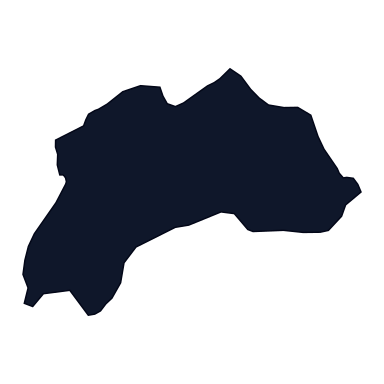 Burdur, Robinson projection
{"feature_id": "TUR-2273", "entity_name": "Burdur", "entity_type": "Province", "adm_level": 1, "iso_a3": "TUR", "parent_name": "Turkey", "parent_adm1": "", "projection": "robinson", "projection_center": [30.062, 37.38], "detail": "fine", "context": "isolated", "style": "filled", "palette": "ink", "viewbox_px": 384, "rotation_deg": 0, "n_neighbors": 0, "source": "natural_earth", "source_scale": "10m", "svg_char_len": 992}
<svg xmlns="http://www.w3.org/2000/svg" viewBox="0 0 384 384"><path d="M61.6,174.9L59.8,174.9L57.3,164.9L57.7,154.3L55.5,147.1L55.6,140.1L83.6,125.9L85.8,119.9L88.6,114.2L95.0,110.5L98.4,109.3L107.2,104.1L122.8,91.7L140.5,85.7L159.9,87.2L162.9,96.0L167.2,103.7L175.4,106.6L183.5,103.0L207.5,85.9L213.9,82.8L219.8,78.8L230.0,68.8L240.9,76.2L250.6,89.3L259.2,98.1L268.5,105.0L283.9,107.6L297.7,107.4L310.8,115.2L318.0,136.5L324.0,149.2L337.2,168.5L339.2,173.2L343.3,177.9L346.7,177.4L353.3,178.3L357.8,184.4L361.0,192.0L345.6,204.9L341.6,216.2L328.4,230.4L320.2,232.2L303.2,232.4L283.4,230.3L253.0,231.5L247.8,229.5L234.3,213.6L221.0,211.9L188.7,225.1L175.3,227.3L136.0,247.0L124.0,262.8L120.6,282.8L111.9,298.2L105.9,303.8L100.5,310.9L94.8,314.1L88.3,315.2L69.8,290.3L43.4,293.7L32.7,306.5L24.3,303.3L28.1,287.9L23.0,274.4L24.9,260.2L28.4,246.4L34.4,233.7L56.0,202.7L65.7,184.1L66.4,181.7L65.6,178.0L64.2,175.9L62.5,174.7L61.6,174.9Z" fill="#0f172a" stroke="#020617" stroke-width="1.5"/></svg>